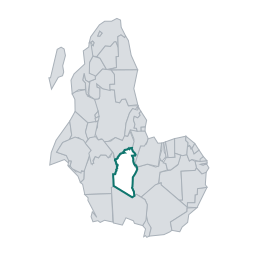 Chad on a map of Africa (Equal Earth projection), rotated 178°
{"feature_id": "TCD", "entity_name": "Chad", "entity_type": "country or territory", "adm_level": 0, "iso_a3": "TCD", "parent_name": "Africa", "parent_adm1": "", "projection": "equal_earth", "projection_center": [18.978, 15.46], "detail": "fine", "context": "in_parent", "style": "outline", "palette": "teal", "viewbox_px": 256, "rotation_deg": 178, "n_neighbors": 49, "source": "natural_earth", "source_scale": "50m", "svg_char_len": 12634}
<svg xmlns="http://www.w3.org/2000/svg" viewBox="0 0 256 256"><g transform="rotate(178 128 128)"><path d="M168.0,134.6L180.3,146.4L180.1,158.4L182.6,164.1L180.7,165.9L169.2,167.9L167.4,161.3L160.4,157.9L157.8,152.2L157.2,145.8L160.6,142.2L159.8,135.2L168.0,134.6Z" fill="#d9dde1" stroke="#a8b0b8" stroke-width="1"/><path d="M71.6,46.8L71.2,51.3L63.9,51.1L63.3,58.8L61.2,59.1L60.6,65.0L51.1,66.0L61.8,46.0L71.6,46.8Z" fill="#d9dde1" stroke="#a8b0b8" stroke-width="1"/><path d="M157.2,145.8L160.4,157.9L155.7,158.5L154.8,168.7L157.6,169.9L157.8,173.3L152.0,168.2L140.3,166.5L139.4,154.6L135.6,153.5L133.1,156.8L129.4,157.1L126.8,150.2L117.1,149.9L120.4,145.8L122.7,147.3L126.0,142.8L129.8,132.9L131.9,118.3L134.1,115.7L141.0,118.9L148.6,115.0L152.6,115.1L155.1,118.1L158.1,117.1L161.6,124.6L158.5,129.7L157.2,145.8Z" fill="#d9dde1" stroke="#a8b0b8" stroke-width="1"/><path d="M186.0,136.9L184.5,122.8L187.2,118.2L193.8,115.8L200.2,106.3L190.6,102.6L187.8,98.3L189.1,95.5L192.6,98.7L207.5,93.7L205.6,106.1L200.3,118.3L186.0,136.9Z" fill="#d9dde1" stroke="#a8b0b8" stroke-width="1"/><path d="M180.3,146.4L168.0,134.6L170.6,125.6L168.2,118.2L171.2,114.2L177.8,120.2L186.6,119.2L184.5,122.8L186.0,136.9L180.3,146.4Z" fill="#d9dde1" stroke="#a8b0b8" stroke-width="1"/><path d="M146.0,105.6L144.2,104.3L143.4,103.4L143.6,99.8L139.8,92.0L142.3,82.4L144.3,82.6L144.1,69.1L146.7,69.1L146.6,63.0L173.5,63.0L175.3,73.3L177.5,75.2L174.0,78.4L173.0,88.9L168.5,98.1L168.0,104.2L164.9,93.0L161.8,100.7L158.6,99.2L156.2,102.0L151.1,101.7L147.1,99.2L144.4,104.4L146.0,105.6Z" fill="#d9dde1" stroke="#a8b0b8" stroke-width="1"/><path d="M127.1,219.9L128.2,218.5L131.8,221.3L135.0,219.6L135.0,208.6L137.2,214.7L138.8,214.4L142.7,210.1L147.9,210.7L156.6,200.5L160.6,201.0L162.0,207.4L161.7,211.8L159.9,211.5L159.0,214.5L160.3,216.1L163.8,214.5L162.1,220.4L153.0,232.1L147.6,235.5L140.7,235.3L135.3,237.9L131.7,236.1L131.3,228.9L127.1,219.9ZM155.0,221.0L153.0,220.7L150.6,223.7L152.9,225.7L155.0,221.0Z" fill="#d9dde1" stroke="#a8b0b8" stroke-width="1"/><path d="M155.0,221.0L152.9,225.7L150.6,223.7L153.0,220.7L155.0,221.0Z" fill="#d9dde1" stroke="#a8b0b8" stroke-width="1"/><path d="M160.6,201.0L153.5,198.7L147.4,187.2L151.4,187.8L159.0,180.3L164.8,184.0L164.1,195.1L160.6,201.0Z" fill="#d9dde1" stroke="#a8b0b8" stroke-width="1"/><path d="M156.6,200.5L147.9,210.7L142.7,210.1L138.8,214.4L137.2,214.7L135.0,208.6L135.0,199.8L137.3,199.7L137.4,188.8L147.4,187.2L153.5,198.7L156.6,200.5Z" fill="#d9dde1" stroke="#a8b0b8" stroke-width="1"/><path d="M135.0,199.8L135.0,219.6L131.8,221.3L128.2,218.5L127.1,219.9L124.6,215.5L122.3,200.6L116.3,185.8L146.9,186.7L137.4,188.8L137.3,199.7L135.0,199.8Z" fill="#d9dde1" stroke="#a8b0b8" stroke-width="1"/><path d="M50.4,88.8L48.5,85.3L52.2,80.0L55.8,79.5L61.0,85.7L62.2,92.4L50.3,92.6L50.0,90.2L57.0,89.1L50.4,88.8Z" fill="#d9dde1" stroke="#a8b0b8" stroke-width="1"/><path d="M62.2,92.4L61.0,85.7L62.3,83.3L76.5,82.9L76.0,54.0L79.4,54.0L96.9,70.0L96.8,72.0L99.4,71.7L97.6,82.7L86.7,84.6L79.8,89.2L76.2,98.9L70.1,99.4L67.8,92.9L65.3,94.3L62.2,92.4Z" fill="#d9dde1" stroke="#a8b0b8" stroke-width="1"/><path d="M51.1,66.0L60.6,65.0L61.2,59.1L63.3,58.8L63.9,51.1L71.2,51.3L71.6,46.8L79.4,54.0L76.0,54.0L76.5,82.9L62.3,83.3L61.0,85.7L55.8,79.5L51.4,81.0L52.7,68.8L51.1,66.0Z" fill="#d9dde1" stroke="#a8b0b8" stroke-width="1"/><path d="M94.9,111.8L92.9,112.2L92.6,102.8L90.6,98.6L95.5,93.1L97.6,97.8L95.0,104.8L94.9,111.8Z" fill="#d9dde1" stroke="#a8b0b8" stroke-width="1"/><path d="M123.6,60.4L126.0,67.9L124.4,79.4L120.4,86.4L122.8,89.7L121.8,92.3L119.3,88.8L109.9,91.2L101.7,88.0L98.5,89.0L97.3,94.9L91.4,91.2L90.0,84.7L97.6,82.7L99.4,71.7L117.2,58.5L122.0,61.5L123.6,60.4Z" fill="#d9dde1" stroke="#a8b0b8" stroke-width="1"/><path d="M94.9,111.8L99.2,88.4L109.9,91.2L119.3,88.8L122.7,93.6L116.1,109.6L110.2,111.3L108.4,116.5L102.3,118.1L98.7,111.8L94.9,111.8Z" fill="#d9dde1" stroke="#a8b0b8" stroke-width="1"/><path d="M122.6,91.1L124.8,100.1L121.3,101.5L124.7,107.3L122.4,116.6L125.8,126.1L111.1,124.4L108.4,117.4L109.0,114.3L112.3,109.4L116.1,109.6L122.6,91.1Z" fill="#d9dde1" stroke="#a8b0b8" stroke-width="1"/><path d="M90.9,97.0L92.9,112.2L91.0,112.9L88.7,97.9L90.9,97.0Z" fill="#d9dde1" stroke="#a8b0b8" stroke-width="1"/><path d="M88.9,96.9L91.0,112.9L81.8,115.8L82.0,97.1L88.9,96.9Z" fill="#d9dde1" stroke="#a8b0b8" stroke-width="1"/><path d="M70.1,99.4L74.4,98.4L82.2,101.2L81.8,115.8L70.4,117.8L70.8,113.6L68.5,111.2L70.1,99.4Z" fill="#d9dde1" stroke="#a8b0b8" stroke-width="1"/><path d="M57.2,92.0L65.3,94.3L67.8,92.9L70.1,99.4L69.3,107.3L67.1,108.5L65.9,104.7L64.2,105.3L62.9,99.9L57.8,103.5L53.7,96.8L57.2,92.0Z" fill="#d9dde1" stroke="#a8b0b8" stroke-width="1"/><path d="M50.3,92.6L57.2,92.0L57.0,94.4L53.7,96.8L50.3,92.6Z" fill="#d9dde1" stroke="#a8b0b8" stroke-width="1"/><path d="M68.9,107.3L68.5,111.2L70.8,113.6L70.4,117.8L61.8,110.2L64.8,105.1L67.1,108.5L68.9,107.3Z" fill="#d9dde1" stroke="#a8b0b8" stroke-width="1"/><path d="M57.8,103.5L62.9,99.9L64.8,105.1L61.8,110.2L57.8,103.5Z" fill="#d9dde1" stroke="#a8b0b8" stroke-width="1"/><path d="M76.2,98.9L79.1,90.0L86.7,84.6L90.0,84.7L91.4,91.2L94.0,91.9L90.9,97.0L82.0,97.1L82.2,101.2L76.2,98.9Z" fill="#d9dde1" stroke="#a8b0b8" stroke-width="1"/><path d="M152.6,115.1L145.7,115.5L141.0,118.9L134.1,115.7L131.7,120.5L128.6,119.8L126.0,124.4L122.4,114.4L124.3,108.2L130.6,106.7L142.0,96.5L143.4,103.4L152.6,115.1Z" fill="#d9dde1" stroke="#a8b0b8" stroke-width="1"/><path d="M131.7,120.5L129.8,132.9L126.0,142.8L122.7,147.3L118.1,145.6L116.4,147.5L114.5,144.2L116.3,142.4L115.4,140.3L117.9,137.8L121.3,139.4L122.3,135.8L120.9,131.5L121.9,127.8L119.6,127.4L119.1,124.4L125.8,126.1L128.6,119.8L131.7,120.5Z" fill="#d9dde1" stroke="#a8b0b8" stroke-width="1"/><path d="M114.9,124.5L118.8,124.3L119.6,127.4L121.9,127.8L120.9,131.5L122.3,135.8L121.3,139.4L117.9,137.8L115.4,140.3L116.3,142.4L114.5,144.2L109.1,135.1L110.7,128.4L114.9,128.3L114.9,124.5Z" fill="#d9dde1" stroke="#a8b0b8" stroke-width="1"/><path d="M111.1,124.4L114.9,124.5L114.9,128.3L110.7,128.4L111.1,124.4Z" fill="#d9dde1" stroke="#a8b0b8" stroke-width="1"/><path d="M160.4,157.9L166.2,162.1L164.7,174.7L165.9,175.5L158.8,178.1L159.0,180.3L151.4,187.8L142.7,186.5L139.7,182.1L139.8,172.2L144.6,172.2L144.4,166.0L152.0,168.2L157.8,173.3L157.6,169.9L154.8,168.7L155.0,160.5L156.4,158.1L160.4,157.9Z" fill="#d9dde1" stroke="#a8b0b8" stroke-width="1"/><path d="M165.1,160.7L168.6,163.6L169.0,174.3L171.6,177.5L169.9,184.3L168.7,177.5L164.7,174.7L166.7,164.8L165.1,160.7Z" fill="#d9dde1" stroke="#a8b0b8" stroke-width="1"/><path d="M169.2,167.9L175.9,168.0L182.6,164.1L183.3,177.8L180.0,184.0L169.0,193.5L170.0,206.6L164.4,210.3L163.8,214.5L162.1,214.5L160.6,201.0L164.1,195.1L164.8,184.0L159.1,181.4L158.8,178.1L165.9,175.5L168.7,177.5L169.9,184.3L171.6,177.5L169.0,174.3L169.2,167.9Z" fill="#d9dde1" stroke="#a8b0b8" stroke-width="1"/><path d="M162.1,214.5L160.3,216.1L159.0,214.5L159.9,211.5L162.1,214.5Z" fill="#d9dde1" stroke="#a8b0b8" stroke-width="1"/><path d="M116.4,147.5L118.1,147.4L117.1,149.9L116.4,147.5ZM117.4,150.9L126.8,150.2L129.4,157.1L133.1,156.8L135.6,153.5L139.4,154.6L140.3,166.5L144.7,167.0L144.6,172.2L139.8,172.2L139.7,182.1L142.7,186.5L116.3,185.8L120.8,167.2L117.4,150.9Z" fill="#d9dde1" stroke="#a8b0b8" stroke-width="1"/><path d="M159.9,139.2L160.6,142.2L157.2,145.8L156.5,140.6L159.9,139.2Z" fill="#d9dde1" stroke="#a8b0b8" stroke-width="1"/><path d="M203.1,169.5L205.3,180.9L203.7,180.9L196.0,209.1L192.0,211.1L189.1,209.2L188.0,202.6L191.1,192.4L190.3,186.2L191.6,182.5L195.9,181.1L203.1,169.5Z" fill="#d9dde1" stroke="#a8b0b8" stroke-width="1"/><path d="M50.0,90.2L54.2,88.0L57.0,89.1L50.0,90.2Z" fill="#d9dde1" stroke="#a8b0b8" stroke-width="1"/><path d="M112.2,38.2L108.3,27.3L110.6,19.2L113.0,18.1L114.3,19.8L116.1,18.8L114.0,26.6L116.8,30.0L112.2,38.2Z" fill="#d9dde1" stroke="#a8b0b8" stroke-width="1"/><path d="M71.6,46.8L72.0,42.5L88.9,32.5L87.7,24.2L89.9,22.7L95.8,20.2L110.6,19.2L108.3,27.3L111.4,33.0L112.8,40.8L111.4,50.6L113.5,55.8L117.2,58.5L102.6,70.3L96.8,72.0L96.9,70.0L71.6,46.8Z" fill="#d9dde1" stroke="#a8b0b8" stroke-width="1"/><path d="M173.3,86.3L174.0,78.4L177.5,75.2L179.7,81.6L188.8,91.6L187.2,92.1L181.6,86.0L173.3,86.3Z" fill="#d9dde1" stroke="#a8b0b8" stroke-width="1"/><path d="M61.8,46.0L70.3,39.3L71.7,31.6L77.3,27.2L79.9,22.5L87.7,24.2L88.9,32.5L72.0,42.5L71.7,46.0L61.8,46.0Z" fill="#d9dde1" stroke="#a8b0b8" stroke-width="1"/><path d="M173.5,63.0L146.6,63.0L146.4,34.5L154.7,36.6L159.1,34.6L161.3,36.4L166.3,35.5L168.0,40.6L166.6,45.5L162.3,39.8L170.6,57.1L170.3,59.6L173.5,63.0Z" fill="#d9dde1" stroke="#a8b0b8" stroke-width="1"/><path d="M145.9,33.6L146.7,69.1L144.0,70.4L125.9,58.7L122.0,61.5L113.5,55.8L111.4,50.6L113.3,35.1L116.8,30.0L124.9,32.5L125.8,35.1L133.2,38.3L137.0,31.2L145.9,33.6Z" fill="#d9dde1" stroke="#a8b0b8" stroke-width="1"/><path d="M200.2,106.3L193.8,115.8L181.2,120.8L173.2,117.5L165.6,107.0L173.3,86.3L176.0,86.9L176.6,84.6L185.3,89.3L187.2,92.1L185.9,96.8L188.3,97.2L190.6,102.6L200.2,106.3Z" fill="#d9dde1" stroke="#a8b0b8" stroke-width="1"/><path d="M187.2,92.1L189.4,92.6L188.3,97.2L185.9,96.8L187.2,92.1Z" fill="#d9dde1" stroke="#a8b0b8" stroke-width="1"/><path d="M168.0,134.6L157.8,135.8L161.7,119.6L168.2,118.2L169.3,120.4L170.6,125.6L168.0,134.6Z" fill="#d9dde1" stroke="#a8b0b8" stroke-width="1"/><path d="M159.8,135.2L160.6,138.8L156.5,140.6L157.2,136.7L159.8,135.2Z" fill="#d9dde1" stroke="#a8b0b8" stroke-width="1"/><path d="M160.7,120.5L158.1,117.1L154.0,117.7L144.4,104.4L148.8,98.8L151.1,101.7L156.2,102.0L158.6,99.2L161.8,100.7L164.2,96.7L163.4,93.9L166.0,93.3L168.0,104.2L165.6,107.0L171.2,114.2L166.7,119.6L160.7,120.5Z" fill="#d9dde1" stroke="#a8b0b8" stroke-width="1"/><path d="M144.4,70.6L144.4,72.0L144.4,73.3L144.4,74.7L144.4,76.1L144.4,77.5L144.5,78.8L144.5,80.2L144.5,81.6L144.5,82.1L144.5,82.3L144.4,82.3L143.9,82.2L143.6,82.2L143.3,82.3L142.8,82.3L142.5,82.3L142.3,82.5L142.1,82.8L142.2,83.5L142.1,84.0L141.9,84.2L141.8,84.3L141.7,84.5L141.6,84.8L141.5,85.1L141.5,85.3L141.4,85.4L141.2,85.5L140.9,85.8L140.9,86.0L141.0,86.5L141.1,86.8L141.2,87.0L140.8,87.4L140.7,87.5L140.4,87.9L140.2,88.0L140.2,88.4L140.3,88.7L140.4,89.0L140.5,89.2L140.5,89.5L140.4,89.9L140.3,90.0L139.9,90.3L139.8,90.7L139.6,91.1L139.6,91.4L139.6,91.5L139.8,91.7L140.0,91.7L140.5,91.6L140.8,91.8L140.9,92.1L140.9,92.4L141.0,92.8L141.1,93.4L141.1,93.6L141.3,93.7L141.3,93.8L141.3,94.9L141.4,95.1L141.5,95.3L141.7,95.6L141.8,95.7L142.0,95.7L142.1,95.9L142.2,96.1L142.2,96.3L142.1,96.9L142.0,97.2L141.9,97.2L141.7,97.1L141.4,97.0L141.1,97.0L140.9,97.1L140.5,97.3L140.4,97.4L140.4,97.5L140.2,97.5L139.9,97.8L139.5,98.1L139.4,98.2L139.3,98.3L139.4,98.6L139.4,98.9L139.3,99.2L139.1,99.3L138.9,99.4L138.8,99.5L138.6,100.1L138.3,100.2L137.7,101.0L137.4,101.6L137.1,101.9L136.9,102.1L136.8,102.3L136.7,102.4L136.1,102.8L135.5,102.8L135.2,103.0L134.6,103.1L133.9,103.2L133.4,103.2L133.1,103.2L132.9,103.4L132.8,103.6L132.7,103.6L132.8,103.7L132.7,103.7L133.2,104.1L133.3,104.3L133.2,104.5L132.8,105.1L132.4,105.6L132.2,105.7L132.2,105.8L132.1,106.2L131.7,106.3L131.2,106.3L130.5,106.4L130.1,106.4L129.9,106.4L129.5,106.6L129.4,106.7L128.9,106.9L128.6,107.3L128.1,107.5L127.9,107.7L127.8,107.8L127.6,107.5L127.4,107.2L127.3,106.9L127.2,106.8L127.0,107.1L126.9,107.4L126.5,107.5L126.1,107.7L125.9,107.9L125.6,108.0L125.3,108.0L125.0,107.9L124.8,107.9L124.9,107.6L125.0,107.4L125.0,107.2L124.8,106.9L124.7,106.8L124.5,106.1L124.3,105.3L124.0,104.6L123.6,104.1L123.4,103.8L123.2,103.7L122.6,103.1L122.1,102.6L122.0,102.3L121.8,101.9L121.5,101.5L121.4,101.4L121.3,101.0L121.5,100.8L121.7,100.4L121.9,100.1L122.2,100.1L122.8,100.2L123.3,100.3L123.9,100.2L124.0,100.1L124.4,100.2L125.0,100.2L124.9,99.8L124.6,99.4L124.3,99.0L124.2,98.6L124.0,98.0L123.9,97.4L123.8,96.6L123.8,96.1L123.8,95.8L124.0,95.3L123.9,94.9L123.9,94.7L123.9,94.3L123.9,94.1L123.7,93.5L123.6,93.4L123.5,93.0L123.4,92.3L123.2,91.8L122.9,91.5L122.7,91.3L122.6,90.8L122.5,90.6L122.0,90.5L121.6,90.5L121.3,89.9L120.9,89.2L120.5,88.5L120.3,87.2L120.2,86.4L120.3,86.2L120.6,85.6L121.0,84.6L121.9,83.0L122.3,82.2L123.2,80.9L124.3,79.4L124.9,78.6L125.0,77.0L125.1,75.4L125.2,74.2L125.3,72.7L125.4,71.5L125.5,70.6L125.6,69.4L125.6,69.1L126.1,68.1L126.0,67.8L125.4,67.0L125.3,66.8L125.2,66.4L125.3,66.2L124.6,64.8L124.4,64.6L124.4,64.4L124.3,64.2L124.3,63.2L124.2,61.7L123.9,60.0L124.8,59.5L125.4,59.1L126.2,58.6L127.0,59.1L128.0,59.8L129.1,60.5L130.2,61.2L131.3,62.0L132.4,62.7L133.4,63.4L134.5,64.1L135.6,64.8L136.7,65.5L137.8,66.3L138.9,67.0L140.0,67.7L141.1,68.4L142.2,69.2L143.3,69.9L144.4,70.6Z" fill="none" stroke="#0f766e" stroke-width="2"/></g></svg>